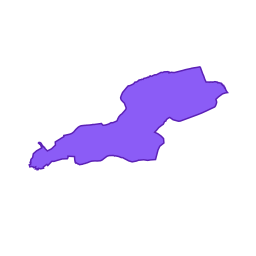 Kaduna South, Kaduna, Nigeria, rotated 247°
{"feature_id": "59680162B16574916896740", "entity_name": "Kaduna South", "entity_type": "district", "adm_level": 2, "iso_a3": "NGA", "parent_name": "Nigeria", "parent_adm1": "Kaduna", "projection": "equal_earth", "projection_center": [7.417, 10.498], "detail": "fine", "context": "isolated", "style": "filled", "palette": "violet", "viewbox_px": 256, "rotation_deg": 247, "n_neighbors": 0, "source": "geoboundaries", "source_scale": "gbopen_adm2", "svg_char_len": 4734}
<svg xmlns="http://www.w3.org/2000/svg" viewBox="0 0 256 256"><g transform="rotate(247 128 128)"><path d="M88.2,141.0L96.0,147.0L98.8,150.1L100.2,155.2L103.8,156.4L104.4,156.6L107.5,155.4L111.0,153.3L113.7,150.9L114.7,153.3L116.4,156.5L116.8,158.1L117.3,159.9L117.7,162.0L119.7,164.2L119.6,165.5L120.7,166.6L121.1,167.8L121.4,169.4L121.4,170.6L118.0,172.7L116.8,174.2L114.6,177.0L114.3,177.8L114.0,178.6L113.9,179.8L113.6,186.2L113.1,197.3L113.0,201.6L113.1,205.1L113.1,206.3L113.3,210.6L113.5,216.0L114.2,217.2L115.1,218.1L116.7,219.5L117.8,219.9L120.1,220.1L121.4,223.7L122.5,228.4L122.2,231.5L121.7,233.5L122.8,233.2L123.9,233.0L125.4,232.9L126.2,233.0L127.1,233.0L127.2,232.5L127.5,232.5L127.8,232.6L128.0,232.9L128.5,232.7L128.8,232.5L129.2,232.5L129.6,232.7L129.8,232.8L130.0,232.7L130.0,232.4L130.1,232.2L130.1,231.9L130.3,231.9L130.5,231.8L130.6,231.7L130.8,231.6L131.0,231.7L131.2,231.8L131.3,231.8L131.5,231.7L131.8,231.4L132.0,231.3L132.0,231.2L132.3,231.2L132.3,231.4L132.4,231.5L132.5,231.4L132.9,231.2L133.0,231.0L133.1,230.9L133.3,230.5L133.4,230.3L133.9,229.7L134.1,229.5L134.2,229.3L134.3,229.3L134.4,229.0L134.4,228.8L134.5,228.7L134.4,228.5L134.5,228.3L134.8,228.3L135.1,228.3L135.2,228.2L135.3,228.2L135.5,228.0L135.6,227.8L135.6,227.6L135.8,227.5L135.9,227.3L136.7,226.1L136.8,225.6L136.9,225.2L136.9,224.9L136.9,224.6L136.9,224.3L137.0,224.1L137.0,223.9L137.1,223.7L137.3,223.7L137.4,223.2L137.5,223.0L137.7,222.9L137.8,222.5L137.9,222.2L138.0,221.8L138.1,221.7L138.3,221.6L138.3,221.4L138.3,221.2L138.2,221.0L138.3,220.9L138.5,220.8L138.6,220.6L138.7,220.4L138.7,220.2L138.8,220.0L138.8,219.9L139.0,219.6L139.1,219.4L139.3,219.1L139.4,218.8L139.5,218.5L139.7,218.0L139.7,217.9L140.1,217.8L141.1,217.8L142.6,217.7L144.2,217.8L145.0,217.9L145.3,217.9L147.1,218.0L148.2,217.9L155.5,218.3L156.2,218.0L156.8,215.3L157.7,211.8L158.2,209.5L158.2,209.0L159.2,204.0L159.6,200.8L160.9,192.5L161.8,190.5L162.2,190.2L162.8,187.3L163.6,187.6L163.9,186.9L164.3,186.7L164.6,185.7L165.2,184.1L165.6,183.1L165.5,182.4L165.6,181.3L166.0,180.8L166.3,180.0L166.2,179.2L166.1,177.0L166.0,176.1L165.9,175.0L166.5,173.4L166.5,172.3L166.5,170.8L166.3,170.5L166.5,169.5L166.9,168.8L167.0,168.8L167.3,168.8L167.3,168.6L167.3,168.4L167.2,168.2L167.2,167.8L167.1,167.6L166.8,167.2L166.6,166.9L166.7,166.2L167.1,165.9L167.0,165.0L167.0,164.4L167.2,163.1L167.5,162.1L167.3,161.6L166.9,160.9L167.5,159.7L167.3,159.0L167.4,158.6L167.7,158.1L167.7,157.6L167.6,156.8L167.8,156.6L167.7,156.3L167.4,155.9L167.3,155.2L167.0,154.0L167.1,153.1L167.5,152.6L167.4,152.0L166.6,150.8L166.4,149.6L166.3,148.0L166.3,146.2L166.7,144.6L165.7,142.5L162.8,136.9L160.8,134.8L158.9,133.1L157.9,132.8L156.4,132.8L154.4,133.5L152.2,134.4L150.7,134.3L148.8,134.2L147.1,134.2L145.9,133.1L144.8,130.9L143.3,127.7L143.0,126.2L141.9,124.0L140.6,122.4L139.5,121.3L138.9,120.7L138.8,119.8L138.8,116.1L139.5,114.5L139.3,112.6L139.2,112.4L139.3,110.6L139.3,110.4L139.5,109.0L139.5,108.8L139.6,108.0L139.7,107.7L139.8,107.5L140.0,106.8L140.2,106.1L142.1,105.4L142.7,105.1L142.7,104.6L144.3,98.8L144.3,98.7L144.5,98.2L145.1,96.6L145.1,96.3L145.1,96.0L145.5,94.8L145.5,94.6L146.0,93.1L146.1,92.9L146.4,91.9L146.7,91.2L147.1,89.8L147.2,89.5L147.6,88.5L147.7,88.0L148.4,85.7L148.4,83.7L148.1,82.2L147.0,79.3L145.6,76.6L145.4,75.9L145.0,74.3L145.0,74.2L145.0,72.4L145.4,70.0L145.6,69.1L145.8,67.8L146.2,66.0L145.1,65.6L144.6,62.0L144.5,61.7L144.1,58.9L143.9,57.6L143.6,55.6L143.1,55.4L141.4,54.8L140.8,54.5L140.5,54.4L139.7,52.0L139.4,51.4L138.7,49.4L138.5,46.5L138.4,44.8L141.0,43.8L141.6,43.5L142.8,43.6L143.1,43.1L144.1,42.9L144.0,42.6L144.1,42.4L144.7,42.2L145.8,42.3L146.5,42.2L146.9,42.1L147.6,42.1L148.2,41.9L149.2,41.2L149.5,40.2L149.2,39.7L147.5,40.4L147.0,40.9L145.4,40.9L143.4,40.8L142.7,34.9L141.3,30.8L138.1,28.7L137.2,26.9L137.1,26.5L136.4,26.0L136.2,26.0L134.5,24.5L134.3,25.1L132.6,24.1L132.7,22.7L130.5,22.5L130.3,24.2L129.7,24.7L129.5,25.4L128.3,25.7L128.3,27.8L126.5,26.7L126.1,28.3L125.1,28.0L124.8,29.0L125.8,29.9L124.5,31.7L124.0,34.6L125.2,34.9L126.2,39.1L124.8,39.5L125.9,42.1L127.1,44.8L126.2,46.8L125.7,51.3L125.2,55.4L123.4,60.2L124.2,61.2L125.5,61.7L122.6,67.6L119.7,66.6L118.5,66.3L118.0,66.5L117.7,66.1L116.8,66.0L116.0,66.3L116.1,66.8L115.3,67.3L114.3,68.0L114.2,68.4L113.2,69.0L112.4,72.2L112.5,73.0L112.1,74.7L112.1,75.6L111.9,77.1L111.9,78.5L111.9,79.9L111.7,81.6L111.0,83.7L110.5,85.1L109.7,86.7L109.2,88.2L108.6,90.0L108.7,92.0L109.2,93.6L110.2,97.7L110.0,99.8L108.7,103.1L108.2,104.2L107.5,104.6L107.3,105.6L105.3,108.4L103.5,110.1L102.6,111.8L101.5,112.5L100.1,113.7L97.5,115.8L95.2,118.6L94.3,122.8L94.2,124.9L94.3,125.1L94.1,125.4L92.6,130.1L90.5,133.5L89.8,136.4L88.2,141.0Z" fill="#8b5cf6" stroke="#5b21b6" stroke-width="1.5"/></g></svg>